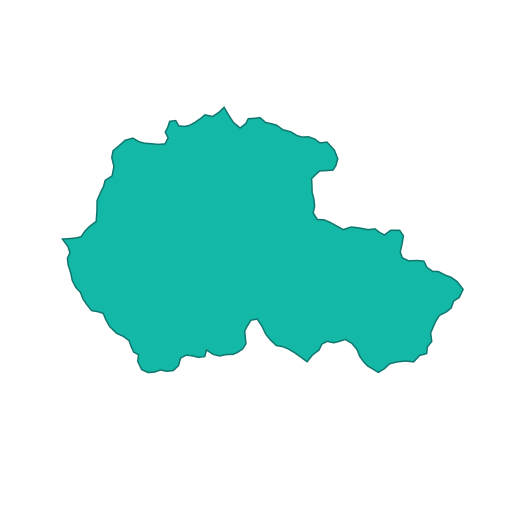 Serranos, Minas Gerais, Brazil (Robinson projection), rotated 158°
{"feature_id": "56859067B45065614080089", "entity_name": "Serranos", "entity_type": "district", "adm_level": 2, "iso_a3": "BRA", "parent_name": "Brazil", "parent_adm1": "Minas Gerais", "projection": "robinson", "projection_center": [-44.543, -21.828], "detail": "fine", "context": "isolated", "style": "filled", "palette": "teal", "viewbox_px": 512, "rotation_deg": 158, "n_neighbors": 0, "source": "geoboundaries", "source_scale": "gbopen_adm2", "svg_char_len": 2369}
<svg xmlns="http://www.w3.org/2000/svg" viewBox="0 0 512 512"><g transform="rotate(158 256 256)"><path d="M229.9,405.8L236.4,403.2L243.9,401.6L250.5,406.0L255.3,404.4L262.4,402.8L268.6,402.0L273.8,402.9L278.9,405.6L279.7,411.6L285.6,413.2L289.2,408.8L293.7,404.8L293.2,398.4L298.4,394.0L305.1,396.2L310.8,399.2L317.1,402.3L321.7,405.8L326.0,411.4L334.1,412.3L342.0,409.4L349.0,407.2L352.8,401.4L354.2,392.2L359.4,384.2L367.5,382.6L371.3,377.6L376.7,372.8L382.6,366.9L386.4,357.8L391.2,348.0L399.2,345.8L405.4,343.1L410.8,339.4L416.5,340.2L422.4,342.0L429.1,344.2L426.8,335.2L427.3,328.7L431.7,324.6L433.5,318.0L434.1,309.8L435.5,302.0L434.8,294.4L432.4,288.0L432.5,281.0L431.0,274.2L428.9,267.0L423.2,263.4L419.1,260.0L419.1,253.6L418.1,245.4L414.4,236.8L408.9,230.9L405.4,225.0L405.7,218.8L405.4,212.8L401.9,208.4L405.1,202.7L404.6,193.6L399.7,188.3L393.5,186.4L387.2,186.1L382.1,182.6L375.6,180.8L368.9,183.4L364.2,189.6L357.9,190.2L352.6,187.4L347.4,183.6L341.2,182.0L337.1,187.4L332.5,180.8L327.3,177.0L320.0,175.6L314.1,173.4L308.9,173.6L303.2,174.8L298.2,178.4L296.3,184.8L294.6,190.6L290.5,194.2L284.6,198.4L278.5,197.1L276.8,188.9L276.2,179.8L274.0,172.6L270.7,165.4L265.0,161.8L261.0,157.9L256.2,151.6L252.1,145.1L248.3,138.8L240.4,143.2L232.8,145.2L228.0,149.6L222.0,150.2L216.4,146.4L211.1,145.7L204.5,145.2L199.8,139.1L197.4,131.6L197.4,123.8L195.7,117.2L193.6,112.0L189.6,106.9L186.2,102.2L179.2,103.4L172.5,106.0L164.9,105.0L156.7,102.6L149.5,98.8L141.5,102.5L134.3,101.6L131.2,107.5L125.1,110.9L122.9,119.2L118.0,124.1L114.2,127.8L108.3,132.2L100.2,132.9L94.5,134.7L89.6,140.2L83.3,141.3L76.5,147.4L79.0,156.8L83.1,163.2L87.6,167.3L92.8,173.3L98.0,175.6L101.8,181.4L102.3,188.4L108.2,191.4L116.3,194.4L121.0,199.4L120.8,205.6L116.1,212.4L111.8,219.4L113.2,226.0L121.5,229.4L129.1,227.4L132.6,231.6L135.5,236.6L142.1,238.4L149.4,243.1L156.8,247.2L165.2,247.8L170.5,254.2L175.2,260.0L179.5,264.1L185.5,266.9L186.8,274.6L183.0,280.2L181.1,286.6L180.1,294.0L177.7,300.5L175.4,307.0L170.0,309.2L165.1,311.0L158.7,308.8L152.4,306.8L148.1,309.9L143.8,315.4L143.7,324.8L147.5,335.0L154.3,336.8L157.6,342.2L162.5,346.8L168.7,349.0L173.0,352.4L177.3,358.2L183.8,363.0L187.9,369.6L192.0,372.8L197.1,376.2L200.4,382.8L205.8,384.2L211.7,386.2L215.9,382.6L222.8,380.6L226.9,388.2L228.5,396.2L229.9,405.8Z" fill="#14b8a6" stroke="#0f766e" stroke-width="1.5"/></g></svg>